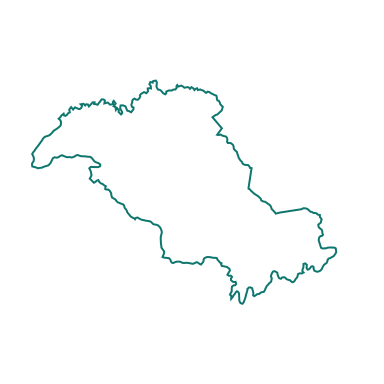 Itarantim, Bahia, Brazil, rotated 132°
{"feature_id": "56859067B61683071099200", "entity_name": "Itarantim", "entity_type": "district", "adm_level": 2, "iso_a3": "BRA", "parent_name": "Brazil", "parent_adm1": "Bahia", "projection": "mercator", "projection_center": [-40.038, -15.683], "detail": "fine", "context": "isolated", "style": "outline", "palette": "teal", "viewbox_px": 384, "rotation_deg": 132, "n_neighbors": 0, "source": "geoboundaries", "source_scale": "gbopen_adm2", "svg_char_len": 6025}
<svg xmlns="http://www.w3.org/2000/svg" viewBox="0 0 384 384"><g transform="rotate(132 192 192)"><path d="M279.9,327.8L278.1,324.3L277.4,322.3L275.5,320.9L274.4,319.8L273.2,319.4L271.5,318.5L269.9,317.5L268.2,316.5L265.1,316.5L260.0,318.0L258.1,317.3L257.1,315.6L255.9,314.7L253.6,314.1L251.6,313.2L251.2,311.7L249.9,308.3L247.9,306.3L246.9,304.5L245.6,303.7L243.9,302.9L242.3,302.6L240.9,301.6L240.3,299.8L239.5,298.2L237.2,295.5L236.1,293.9L233.9,291.0L233.8,289.2L234.1,287.1L234.5,285.3L234.3,283.7L233.1,280.7L232.9,278.6L234.3,277.5L236.1,278.3L237.4,279.6L241.1,284.0L243.1,284.2L244.1,281.7L244.8,280.4L245.8,279.3L246.6,278.0L248.6,277.3L250.5,276.9L250.5,274.8L250.8,271.2L249.6,270.6L247.5,270.4L245.8,269.6L246.5,267.8L246.6,265.6L245.9,263.9L245.8,261.7L245.4,259.9L246.7,259.4L247.9,258.4L247.4,257.1L246.3,256.1L246.1,254.0L246.6,252.5L247.0,251.2L248.0,250.3L249.6,247.8L248.8,243.8L249.3,242.0L249.3,240.2L247.2,234.4L247.9,232.9L248.8,231.4L249.1,229.6L249.6,227.8L250.4,226.5L251.2,221.2L250.8,218.8L250.2,217.4L250.4,216.1L248.8,216.3L247.4,215.4L247.0,213.4L246.5,211.3L244.3,207.3L242.0,203.8L241.6,202.3L241.8,199.4L241.1,197.9L240.1,196.5L239.5,194.7L239.7,191.9L240.4,190.1L241.1,188.8L242.3,187.3L245.9,185.4L247.1,184.5L251.4,180.3L252.5,178.8L253.8,177.5L254.7,173.4L255.4,172.3L256.5,171.6L258.6,170.9L260.1,170.3L259.4,168.8L257.5,166.1L256.6,164.9L256.7,163.0L257.7,161.1L258.0,159.7L257.2,158.3L255.5,157.7L253.6,156.4L252.3,155.0L251.5,153.6L251.1,151.8L250.0,150.3L248.6,149.1L247.0,147.0L244.9,143.4L243.3,142.5L241.2,141.7L240.5,140.3L240.4,138.4L239.9,136.8L237.7,136.8L236.0,137.0L234.4,138.2L233.0,138.5L231.8,138.1L230.3,137.3L229.0,135.9L227.9,134.3L226.8,132.3L225.5,130.9L224.5,129.4L225.2,127.8L225.7,123.8L225.2,122.4L226.4,121.8L227.0,120.5L224.4,116.0L224.1,114.3L224.1,112.6L225.0,111.3L229.8,110.3L229.6,108.6L228.2,107.2L228.3,105.4L230.2,105.2L231.4,104.1L231.4,101.7L230.8,100.5L229.6,99.5L230.7,97.7L232.4,97.5L233.5,98.6L235.4,99.0L236.9,98.1L239.4,95.9L241.3,95.6L242.9,95.1L242.8,93.5L245.1,91.4L242.6,91.5L240.7,92.0L238.9,92.0L237.3,92.4L235.7,92.2L235.4,90.5L236.0,89.1L241.3,83.9L242.1,81.6L241.3,79.7L239.2,79.8L237.5,80.6L235.7,81.2L231.3,83.5L228.2,84.9L227.1,85.9L224.8,85.8L223.8,84.7L223.2,83.0L226.1,78.7L227.9,77.4L227.7,76.0L226.1,75.5L224.6,75.3L222.5,73.7L221.0,73.7L219.8,73.1L218.1,71.8L216.6,72.1L214.1,72.9L211.9,73.5L208.0,73.5L205.7,73.2L202.7,75.0L201.9,76.9L200.0,77.9L198.5,78.3L196.9,78.6L195.6,77.7L195.1,76.0L194.9,74.6L195.9,73.4L196.7,72.1L197.8,69.6L196.9,67.8L195.2,67.8L193.7,66.6L193.3,65.3L193.5,63.6L193.0,62.0L192.0,60.2L192.1,58.6L191.9,57.0L190.3,56.2L186.6,56.8L185.3,56.7L183.9,57.2L182.2,58.3L180.5,57.7L179.2,56.0L177.2,55.2L177.1,56.8L175.7,58.0L173.8,58.6L172.4,59.6L170.9,61.0L169.3,60.1L169.3,57.9L171.8,56.0L172.4,54.2L171.3,53.4L169.6,53.3L167.5,53.5L166.4,52.6L166.5,51.2L167.7,50.3L168.6,48.3L167.9,46.3L167.0,45.1L164.4,43.9L162.5,44.0L160.2,44.7L157.8,45.2L154.6,44.5L153.2,44.9L151.9,45.7L150.2,46.0L148.6,45.0L147.0,44.6L144.9,43.8L142.0,44.1L140.1,44.6L137.7,47.5L138.0,48.9L139.3,50.4L140.7,52.1L142.4,53.8L144.2,54.7L145.2,55.9L146.4,56.8L147.1,58.8L143.2,65.4L142.1,66.3L140.5,67.1L138.8,67.0L137.5,66.0L136.1,66.0L135.2,67.8L134.0,68.9L133.2,70.7L133.5,73.0L133.1,74.8L131.8,76.3L128.5,75.8L126.9,76.8L125.7,77.2L125.2,78.8L125.0,80.2L123.5,81.6L124.7,83.6L124.5,85.2L125.3,86.6L126.3,87.8L126.6,89.5L127.4,90.9L127.3,94.5L127.9,96.2L128.7,97.4L129.7,98.5L131.4,99.0L148.3,112.8L152.0,115.3L151.6,117.1L151.3,121.5L150.4,122.9L149.7,124.6L149.7,126.1L149.9,127.5L150.3,130.9L151.6,133.3L151.9,134.9L150.9,136.8L150.9,140.3L151.6,144.3L151.6,149.0L151.3,150.8L151.7,152.2L150.6,153.1L134.4,163.7L135.3,165.0L134.6,166.4L134.4,168.2L135.7,169.8L136.7,171.5L137.1,173.3L136.2,174.9L136.2,176.8L135.4,180.1L134.4,181.6L133.8,182.9L132.2,185.5L132.2,189.1L131.4,190.5L130.4,191.4L129.6,193.0L129.6,195.5L130.5,197.1L131.6,198.1L131.3,199.5L129.7,200.5L128.6,201.8L128.0,203.7L129.8,207.1L130.1,209.1L131.7,210.2L132.6,211.6L124.7,212.4L122.7,226.8L119.1,226.0L117.4,225.0L111.4,224.5L108.1,226.1L108.0,228.4L107.8,229.9L106.9,231.2L106.3,233.0L106.9,234.5L106.2,235.8L105.0,237.0L104.1,238.4L104.8,240.0L105.9,244.0L106.1,245.9L106.9,247.5L108.9,247.8L109.2,251.9L109.9,253.0L110.2,254.4L112.3,255.8L111.5,257.6L112.8,258.3L114.6,258.4L114.1,260.1L114.4,262.5L116.7,262.6L116.4,264.1L116.9,265.4L119.6,267.4L119.7,269.5L120.1,271.1L122.8,272.7L122.4,274.5L123.8,274.3L125.1,273.0L127.0,273.0L128.4,274.4L130.2,275.0L132.1,277.2L134.6,278.3L135.9,277.2L137.3,277.2L137.9,279.8L137.4,282.2L137.6,284.2L138.6,285.8L138.0,287.9L137.1,289.3L135.3,290.4L134.0,291.6L133.4,293.4L134.7,294.5L135.9,295.1L137.0,294.4L138.1,296.5L140.4,295.8L140.8,293.6L142.5,291.8L143.2,293.0L144.7,294.2L146.6,292.1L149.1,292.0L149.9,294.5L153.2,295.5L155.0,295.4L155.8,294.3L157.8,293.8L159.7,294.0L160.7,295.3L161.1,297.2L162.3,297.7L164.2,297.5L165.3,296.4L167.7,295.5L168.9,293.7L168.3,292.0L169.9,290.8L173.5,290.6L174.1,293.1L174.9,294.5L172.9,298.8L173.8,301.3L175.5,303.0L177.9,301.4L179.2,297.8L180.1,296.6L181.8,296.6L181.7,300.1L180.2,301.1L179.8,303.9L181.8,303.5L180.1,305.9L180.7,307.6L177.4,307.9L176.6,311.1L178.0,311.1L179.6,309.5L181.9,311.3L181.9,314.5L184.8,316.4L182.3,317.9L182.3,319.5L183.7,321.2L186.4,320.8L188.3,320.8L190.3,320.5L191.2,322.4L192.1,323.7L190.6,324.4L191.8,325.8L195.7,325.8L197.4,325.9L196.6,327.9L197.6,329.3L199.2,329.3L199.0,331.6L201.3,333.4L201.5,331.4L203.4,330.6L205.5,330.9L206.2,332.0L207.4,335.6L210.3,335.5L209.8,338.6L212.8,338.4L214.6,336.1L216.1,336.7L218.6,336.6L220.0,336.9L220.7,338.2L219.7,339.8L222.5,340.2L224.5,339.9L226.8,340.1L226.8,337.8L227.5,336.3L230.0,334.3L231.2,334.1L234.8,334.6L239.3,335.8L241.4,335.6L244.8,335.8L246.4,336.5L249.4,338.3L251.7,338.5L254.0,338.0L260.3,337.3L265.0,337.0L266.9,336.6L268.4,336.6L270.7,336.2L272.0,333.1L273.0,331.8L274.0,331.0L275.3,330.2L276.7,330.2L278.3,329.6L279.9,327.8Z" fill="none" stroke="#0f766e" stroke-width="2"/></g></svg>